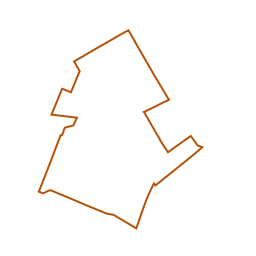 Baraganul, Braila, Romania (Albers equal-area conic projection), rotated 111°
{"feature_id": "2599482B45742388682810", "entity_name": "Baraganul", "entity_type": "district", "adm_level": 2, "iso_a3": "ROU", "parent_name": "Romania", "parent_adm1": "Braila", "projection": "albers", "projection_center": [27.528, 44.82], "detail": "fine", "context": "isolated", "style": "outline", "palette": "amber", "viewbox_px": 256, "rotation_deg": 111, "n_neighbors": 0, "source": "geoboundaries", "source_scale": "gbopen_adm2", "svg_char_len": 2003}
<svg xmlns="http://www.w3.org/2000/svg" viewBox="0 0 256 256"><g transform="rotate(111 128 128)"><path d="M219.4,188.5L219.4,185.2L219.4,183.8L216.9,181.4L215.6,180.3L214.9,179.6L214.6,179.3L214.6,179.0L214.1,178.0L213.8,177.9L214.0,172.2L214.6,150.9L214.8,147.0L214.9,143.4L215.0,141.6L215.1,138.9L215.1,138.5L215.1,138.4L215.1,138.2L215.2,134.1L215.3,133.9L215.3,133.7L215.2,133.5L215.2,133.3L215.2,133.0L215.4,124.9L215.6,118.0L214.5,111.3L214.2,110.8L214.8,107.0L215.3,104.2L216.5,97.0L217.6,90.7L218.6,84.7L218.7,84.3L218.1,84.3L212.2,84.5L205.5,84.7L204.1,84.8L196.1,85.0L195.7,85.0L192.6,85.0L191.7,85.1L190.9,85.1L188.4,85.1L186.7,85.1L185.4,85.0L176.3,84.5L170.8,84.0L170.5,83.9L171.8,81.8L166.3,78.6L160.7,75.4L157.2,73.3L140.9,63.8L140.7,63.7L136.0,61.0L129.6,57.4L129.5,57.2L128.0,56.4L122.3,53.4L119.3,51.8L119.4,55.3L119.4,56.6L118.0,58.8L117.1,60.1L113.0,66.5L115.2,68.0L119.8,71.1L136.3,82.0L135.7,82.9L134.7,84.2L133.8,85.6L132.1,87.9L130.7,89.8L128.5,92.7L127.8,93.8L127.3,93.9L127.0,94.3L125.3,96.5L122.5,100.1L116.7,107.2L108.0,117.9L107.7,117.9L107.4,117.9L107.3,118.0L107.2,118.1L107.2,118.3L107.2,118.7L98.1,110.2L93.4,106.0L87.0,99.8L82.3,105.9L72.9,117.8L71.5,119.6L71.0,120.4L64.8,128.0L56.7,138.0L45.2,152.2L45.1,152.4L44.9,152.4L44.5,152.9L44.3,153.2L44.2,153.2L43.2,154.5L42.2,155.7L41.8,156.2L38.3,160.5L37.4,161.6L36.7,162.5L38.1,163.9L43.2,168.3L49.9,173.7L53.3,176.4L54.2,177.2L58.6,180.7L62.4,183.8L63.3,184.6L85.2,202.2L88.1,198.6L91.0,195.0L92.2,193.5L115.1,194.1L114.9,203.5L116.3,203.6L123.8,203.8L127.3,203.8L130.4,203.9L132.2,203.9L136.0,204.0L138.6,204.1L142.9,204.2L141.3,198.0L141.1,196.9L140.2,193.4L136.7,179.4L139.5,179.5L142.0,179.7L143.6,179.7L144.6,179.8L145.0,179.8L145.3,180.0L146.2,181.3L147.6,183.3L148.8,185.0L149.8,186.4L150.1,186.8L150.4,187.1L151.2,187.1L152.6,187.1L155.1,187.0L158.2,187.0L158.9,188.2L159.0,188.4L160.1,188.3L168.6,188.3L185.0,188.2L201.2,188.3L217.8,188.4L219.4,188.5Z" fill="none" stroke="#b45309" stroke-width="2"/></g></svg>